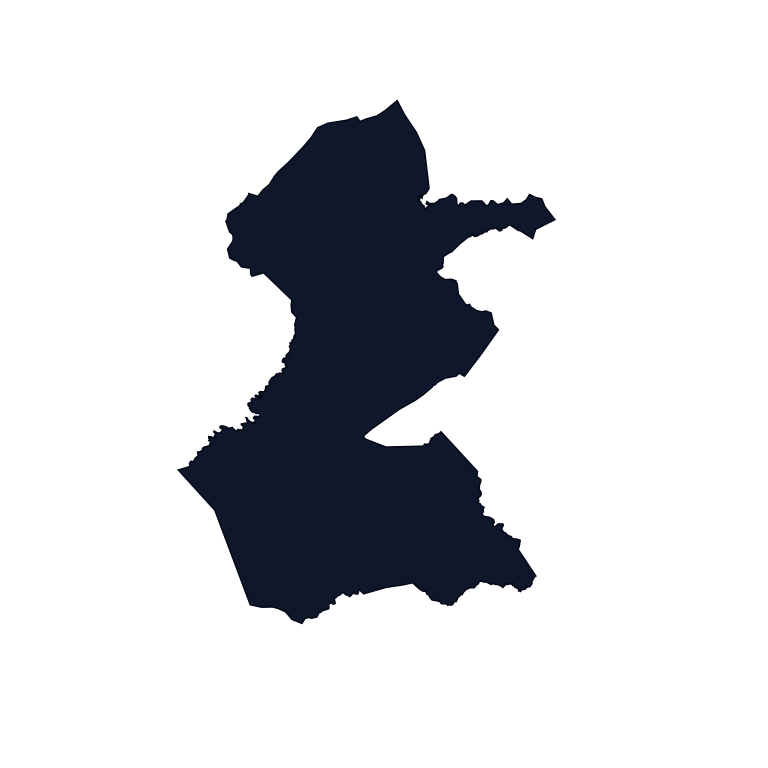 the district of Jasikan, Volta, Ghana, rotated 236°
{"feature_id": "2480657B79217814678772", "entity_name": "Jasikan", "entity_type": "district", "adm_level": 2, "iso_a3": "GHA", "parent_name": "Ghana", "parent_adm1": "Volta", "projection": "orthographic", "projection_center": [0.477, 7.375], "detail": "fine", "context": "isolated", "style": "filled", "palette": "ink", "viewbox_px": 768, "rotation_deg": 236, "n_neighbors": 0, "source": "geoboundaries", "source_scale": "gbopen_adm2", "svg_char_len": 6171}
<svg xmlns="http://www.w3.org/2000/svg" viewBox="0 0 768 768"><g transform="rotate(236 384 384)"><path d="M275.8,149.7L267.3,157.8L261.5,166.9L257.0,170.8L250.1,175.0L240.2,176.1L231.4,182.1L233.7,187.1L232.8,190.8L230.3,193.0L228.4,198.1L230.7,202.0L230.1,204.1L230.8,205.0L228.7,212.1L229.1,213.2L230.8,213.9L232.7,216.3L231.8,217.8L229.6,219.0L229.4,220.8L234.1,222.9L233.7,224.2L234.3,226.3L233.8,230.1L234.3,232.9L233.0,233.9L230.3,234.6L229.2,236.0L227.3,236.4L226.9,237.1L227.9,241.4L225.0,243.9L224.6,245.2L227.8,248.5L221.4,249.9L214.4,271.6L206.8,287.6L203.2,296.6L194.2,298.7L190.6,300.4L188.6,302.8L186.0,302.0L184.1,303.1L181.1,302.7L178.0,303.1L174.0,307.4L171.0,309.3L170.2,308.6L169.2,309.4L166.6,313.0L164.9,313.0L164.6,314.6L163.1,315.9L163.0,318.3L163.8,318.7L164.1,320.9L163.2,322.2L166.1,326.5L165.8,328.0L166.6,330.1L165.7,330.9L167.0,333.6L167.7,337.2L166.9,341.6L164.6,345.0L165.6,347.7L165.7,350.7L166.8,351.7L166.9,352.7L166.0,354.6L163.5,356.5L162.8,358.1L158.1,360.6L157.2,363.3L155.7,364.0L154.5,365.8L152.0,367.7L148.9,368.8L149.8,372.9L148.2,375.2L148.5,376.1L147.0,377.4L147.1,378.3L145.9,378.2L146.0,379.3L144.8,378.2L144.1,379.3L142.7,378.7L142.3,379.6L140.7,379.7L140.1,380.6L139.0,380.9L137.3,379.9L135.6,381.2L136.5,383.4L135.0,386.0L135.7,388.8L134.4,391.8L135.9,395.3L138.0,396.3L138.1,397.8L139.5,398.8L139.4,400.3L140.1,401.1L139.9,402.5L172.2,402.7L173.4,404.9L178.2,409.5L181.0,407.5L183.7,404.2L186.6,404.0L188.8,402.2L193.3,401.2L193.6,400.2L198.3,400.4L200.1,404.0L201.6,404.2L202.4,403.0L202.0,402.4L203.6,401.7L204.2,399.4L203.7,398.0L203.8,395.4L206.5,395.6L207.9,398.3L210.7,398.9L214.7,396.8L217.8,393.3L221.1,392.2L222.7,395.1L224.5,395.8L225.8,398.0L228.5,396.6L230.8,396.8L232.9,394.6L233.0,396.1L233.7,397.0L237.0,398.3L237.1,400.9L238.3,403.1L240.5,404.0L243.5,404.0L247.1,406.9L247.9,408.3L248.9,408.6L248.9,409.7L250.7,410.8L255.3,409.3L259.3,412.6L312.5,404.5L312.1,401.6L313.3,398.2L312.3,395.8L312.5,392.7L309.2,388.2L309.9,385.6L311.5,384.2L310.4,382.0L330.6,350.4L348.7,337.8L352.3,337.6L353.6,347.4L354.5,382.5L353.1,400.5L353.2,409.6L354.5,422.1L355.3,423.6L354.7,426.2L355.6,429.0L354.6,438.1L350.2,448.3L351.1,452.3L345.5,455.0L354.2,480.7L365.0,509.2L371.4,508.0L383.0,512.5L387.6,509.3L389.1,505.4L393.2,501.7L399.3,499.2L402.2,499.4L403.4,496.2L416.9,495.9L425.9,500.6L429.5,501.2L433.1,498.5L436.4,493.0L441.4,490.6L446.9,489.9L447.9,490.4L448.4,491.9L447.7,496.5L448.3,498.5L450.6,499.3L451.1,500.5L456.4,504.4L456.3,513.0L455.7,513.7L457.9,525.4L458.7,535.8L458.0,538.0L458.2,540.7L456.4,541.3L455.1,542.4L454.4,545.3L454.7,547.5L453.8,548.8L453.8,552.4L452.7,554.6L453.4,555.4L452.7,560.2L451.5,561.3L451.1,563.5L448.0,564.9L446.6,565.0L445.9,566.4L446.6,567.4L445.9,567.8L447.0,568.4L445.5,572.2L446.0,577.1L435.8,581.4L435.6,582.4L421.4,588.6L427.5,596.2L424.7,617.6L441.1,616.5L449.2,618.3L453.7,614.1L459.7,610.6L457.2,605.2L457.0,598.4L461.7,590.3L468.6,589.8L467.2,584.6L469.2,578.4L474.6,577.0L476.1,575.2L473.9,570.5L475.1,567.9L477.0,568.2L481.1,567.4L487.0,558.5L487.0,551.1L489.9,550.4L491.1,549.0L489.8,547.2L491.4,548.2L489.9,545.6L492.2,544.8L497.3,547.9L500.0,547.8L503.1,546.5L503.6,544.5L503.2,543.5L503.3,539.3L506.0,533.0L505.4,531.9L505.5,526.2L506.8,525.0L508.0,522.7L511.2,521.6L509.7,519.7L508.0,521.1L506.6,520.8L506.8,519.3L505.9,517.1L506.7,516.0L509.2,516.7L511.6,515.8L515.2,516.3L516.7,514.8L518.0,518.4L519.6,518.8L519.2,519.5L516.9,519.5L518.8,521.6L519.1,523.7L518.4,524.7L520.9,530.7L554.9,548.2L574.1,551.5L595.9,551.6L611.6,553.4L610.0,537.8L610.2,528.1L613.9,516.5L614.8,511.7L615.5,510.9L620.6,510.8L623.7,500.2L631.5,483.4L633.6,472.4L629.0,461.4L625.7,449.7L621.1,428.6L619.2,415.8L617.6,409.8L613.4,400.3L612.6,392.2L610.1,384.4L617.5,378.4L616.3,377.3L613.0,368.6L613.6,365.7L612.5,364.5L612.2,349.8L607.9,345.7L607.4,344.0L596.5,341.1L592.2,342.2L589.3,340.5L587.0,338.7L583.3,329.8L574.7,326.6L570.9,328.6L568.1,330.9L560.8,331.3L554.6,338.1L549.6,334.9L547.2,334.9L543.4,346.4L505.2,354.6L501.8,351.5L495.3,347.8L488.1,348.8L482.8,342.9L480.0,342.0L479.4,340.9L475.2,338.9L474.1,336.3L471.7,334.2L471.9,332.8L470.5,331.1L470.5,329.0L468.9,328.7L468.0,326.5L465.8,326.2L463.6,324.1L462.6,319.2L461.6,319.9L461.3,318.0L460.3,316.6L461.4,315.3L461.0,314.0L459.3,312.2L458.2,312.5L457.5,314.3L455.2,312.8L453.7,313.5L452.5,310.7L453.1,308.2L452.4,308.2L452.2,307.3L451.8,307.7L450.8,306.8L449.5,307.0L449.2,305.5L450.3,305.2L451.6,303.1L451.0,301.7L452.6,300.7L451.5,298.0L451.8,294.4L450.1,290.1L447.0,287.9L447.1,286.3L447.8,286.0L447.4,284.9L448.0,284.5L446.2,283.2L445.4,281.7L443.8,281.2L444.4,280.5L444.1,279.6L444.8,279.9L446.8,277.2L447.0,275.6L443.8,275.0L444.3,274.5L443.9,274.3L442.0,276.0L441.5,275.4L442.5,274.8L442.1,273.7L441.3,273.3L441.9,272.6L442.9,272.9L442.3,273.5L443.6,273.3L444.0,274.0L444.8,272.5L446.5,271.6L446.2,270.4L444.8,270.7L443.1,268.4L444.9,268.0L446.0,266.7L445.4,265.1L442.2,263.9L442.5,263.0L443.7,262.4L443.9,260.4L443.0,259.8L442.1,260.2L441.8,259.2L439.7,259.7L438.8,258.8L438.0,259.4L436.9,258.7L436.1,259.2L435.2,259.0L433.4,259.7L433.7,261.5L431.4,261.2L429.4,264.0L427.4,264.2L427.5,263.2L426.4,263.2L426.7,261.5L427.9,260.8L427.6,259.8L428.7,260.0L429.5,258.5L428.8,258.1L429.2,257.2L428.7,256.7L427.2,257.2L425.3,256.7L425.1,255.7L424.1,255.0L424.6,253.8L425.4,253.9L425.1,252.9L427.2,252.4L428.1,251.4L429.1,251.7L430.0,250.9L432.1,251.7L433.2,250.8L428.7,249.5L427.9,248.6L429.6,246.4L429.7,244.9L430.7,243.5L430.1,243.0L427.0,243.7L425.2,241.3L425.2,240.4L426.8,238.9L426.6,238.4L428.1,237.2L427.1,236.3L427.5,235.3L429.7,234.3L432.8,234.0L434.0,230.5L437.4,228.8L439.9,226.3L440.5,224.3L438.9,223.6L436.6,225.3L436.0,224.9L435.7,222.6L434.7,221.7L436.1,218.9L440.0,216.7L439.4,216.1L437.4,216.4L435.9,215.5L435.7,214.8L434.6,214.9L435.1,213.7L434.6,212.5L436.6,211.5L438.5,209.4L437.2,208.4L436.2,209.3L435.1,207.1L433.5,207.9L431.6,207.0L431.8,206.0L430.3,205.4L432.4,199.0L432.0,197.6L430.8,196.5L430.5,194.0L431.8,191.7L431.2,190.9L428.4,190.0L428.0,185.7L426.0,182.6L427.9,180.8L427.1,178.4L424.1,177.0L427.7,165.4L374.0,173.2L275.8,149.7Z" fill="#0f172a" stroke="#020617" stroke-width="1.5"/></g></svg>